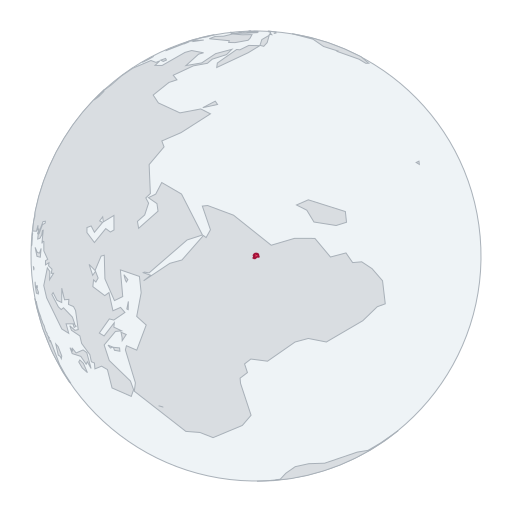 Central highlighted on a globe, orthographic projection, rotated 265°
{"feature_id": "KEN-1195", "entity_name": "Central", "entity_type": "Province", "adm_level": 1, "iso_a3": "KEN", "parent_name": "Kenya", "parent_adm1": "", "projection": "orthographic", "projection_center": [36.807, -0.59], "detail": "fine", "context": "on_globe", "style": "filled", "palette": "rose", "viewbox_px": 512, "rotation_deg": 265, "n_neighbors": 0, "source": "natural_earth", "source_scale": "10m", "svg_char_len": 7382}
<svg xmlns="http://www.w3.org/2000/svg" viewBox="0 0 512 512"><g transform="rotate(265 256 256)"><circle cx="256" cy="256" r="225" fill="#eef3f6" stroke="#a8b0b8"/><path d="M31.5,237.3L31.4,239.4L31.2,249.0L30.9,255.0L31.4,256.7L31.5,260.7L37.0,266.8L42.7,276.7L44.5,290.5L43.6,306.3L51.8,339.7L52.6,350.6L58.9,363.9L69.6,382.5L60.6,368.1L52.7,353.0L46.0,337.4L40.4,321.4L36.1,304.9L33.0,288.2L31.2,271.3L30.7,254.3L31.5,237.3ZM435.5,119.8L433.1,116.9L429.6,112.5L430.4,114.4L425.5,108.2L428.5,113.3L433.2,118.8L434.3,118.9L439.1,126.8L447.0,137.5L453.7,149.3L459.9,168.4L457.6,173.2L458.7,177.1L454.7,172.0L454.0,179.1L465.0,203.0L466.3,209.8L463.0,221.5L462.1,216.4L451.8,202.8L453.1,218.8L461.1,233.4L464.0,250.0L459.2,244.2L455.9,229.6L452.2,224.4L450.9,210.2L443.3,189.3L438.4,192.6L436.5,184.4L425.3,167.6L417.0,172.1L405.2,192.7L407.3,213.8L401.6,223.0L385.5,192.2L378.8,172.2L372.7,173.9L356.4,157.5L327.4,156.2L323.5,151.3L318.0,153.6L306.6,148.7L300.8,140.9L293.8,141.5L309.2,162.3L316.8,161.9L323.5,153.9L326.4,161.5L337.4,168.5L324.2,187.2L281.6,204.5L278.0,188.8L248.5,148.0L249.7,143.5L249.6,143.1L249.2,142.2L246.0,149.4L241.1,141.9L256.2,169.5L258.5,181.9L281.0,205.4L278.7,207.9L286.1,212.9L310.4,206.9L310.5,212.2L298.6,237.2L265.4,272.1L270.2,295.8L268.4,316.2L248.5,330.1L251.2,345.9L241.0,351.7L241.0,360.8L233.3,370.5L220.3,379.9L197.1,380.6L194.9,372.4L182.2,356.7L164.2,318.6L169.3,300.9L166.9,287.4L150.2,258.3L153.8,241.9L149.5,235.2L140.6,237.3L135.7,229.5L130.4,229.5L97.8,237.2L88.4,227.6L78.8,197.4L85.1,184.7L87.4,170.8L131.9,123.0L140.2,124.8L173.9,117.7L177.9,119.1L172.6,129.0L196.8,140.6L206.2,131.9L229.4,138.4L245.8,138.1L254.0,119.7L227.2,119.7L223.9,111.1L246.4,103.5L270.0,104.9L269.4,101.7L255.6,94.4L262.2,89.0L251.0,91.6L254.7,94.8L247.8,96.8L244.0,94.2L246.4,92.1L239.7,90.8L229.7,101.9L232.4,106.3L213.9,108.7L216.6,116.6L211.2,120.5L204.6,108.8L206.1,104.4L192.9,93.2L189.6,97.7L201.9,109.0L197.5,108.2L193.2,115.6L193.1,109.4L180.6,97.0L164.7,100.7L142.4,120.0L133.5,122.4L127.0,119.5L137.1,101.1L155.8,98.1L159.7,92.6L157.6,85.7L163.5,85.7L165.0,82.8L172.2,81.9L184.1,74.7L191.7,73.6L198.1,65.7L202.8,64.4L197.7,69.2L198.2,72.5L217.4,71.5L221.5,69.8L224.1,65.0L229.1,65.8L229.1,61.4L240.9,59.7L226.6,58.4L229.2,53.9L237.2,50.7L235.5,49.3L222.5,54.7L219.6,57.3L221.2,59.7L211.1,67.8L204.2,69.5L205.0,60.9L195.3,62.7L200.2,56.2L232.5,43.8L245.1,42.0L262.4,47.1L258.5,49.3L250.4,48.3L256.4,52.8L256.6,50.6L260.7,51.6L264.3,48.5L267.4,49.2L265.5,45.5L269.7,45.9L270.8,48.2L279.6,45.1L288.8,45.9L289.3,45.0L287.2,43.8L300.2,46.3L300.0,45.5L295.7,44.4L292.5,42.3L291.9,40.0L296.4,40.9L297.2,41.9L305.7,45.9L307.2,48.9L309.0,49.2L308.8,46.8L298.4,41.8L296.8,40.2L302.3,42.2L300.2,41.4L300.8,40.9L305.6,41.5L299.8,39.4L300.4,35.7L309.7,37.4L314.6,39.1L319.1,39.7L334.3,44.7L349.0,50.8L363.3,57.9L377.1,66.0L390.2,75.1L402.7,85.0L414.4,95.8L425.4,107.5L435.5,119.8ZM115.3,145.9L113.8,150.0L113.7,150.0L115.3,145.9ZM294.3,116.8L308.8,118.0L303.3,106.9L308.4,106.7L304.6,103.3L302.8,106.1L293.7,97.1L300.3,94.4L299.1,90.1L294.1,89.6L283.5,96.2L296.4,108.7L292.6,113.0L294.3,116.8ZM165.9,70.2L167.8,71.5L164.1,74.7L154.5,77.9L159.7,73.1L165.9,70.2ZM171.3,72.7L174.8,64.4L180.9,62.7L176.9,65.0L180.6,64.7L175.1,68.3L177.5,75.6L174.5,79.0L158.3,81.9L165.3,78.8L163.0,77.4L171.3,72.7ZM172.9,52.3L174.5,50.4L185.8,48.9L183.0,51.0L173.2,53.8L170.7,53.1L172.9,52.3ZM176.5,45.2L178.8,44.4L178.5,44.5L181.1,43.5L202.4,37.2L224.1,33.0L223.7,33.1L227.3,32.6L232.3,32.0L231.9,32.4L227.5,32.7L230.3,33.1L223.8,33.8L224.5,33.8L219.3,34.8L214.3,36.2L211.6,36.6L210.8,37.0L207.3,37.9L205.3,38.8L199.7,39.9L196.9,41.2L195.9,41.0L192.4,43.0L192.5,42.1L188.0,43.7L190.3,43.7L165.0,50.9L154.3,55.7L145.3,60.5L146.7,59.1L156.0,54.1L158.0,53.1L176.5,45.2ZM183.3,115.3L186.5,115.5L191.8,114.9L189.1,119.9L183.3,115.3ZM174.4,106.8L177.5,106.0L176.3,112.1L173.0,112.1L174.4,106.8ZM180.1,100.8L177.7,105.5L177.0,103.0L180.1,100.8ZM200.7,68.6L204.0,67.8L204.0,68.9L201.7,70.7L200.7,68.6ZM238.7,36.2L236.7,35.7L238.0,35.4L238.0,34.0L242.8,33.7L244.6,34.5L238.7,36.2ZM248.9,122.8L243.6,126.3L241.4,124.6L243.6,123.7L248.9,122.8ZM214.5,122.7L221.9,124.9L213.7,124.0L214.5,122.7ZM243.9,35.6L243.4,35.0L246.1,35.3L243.9,35.6ZM246.3,33.5L249.6,33.7L243.4,33.6L246.3,33.5ZM335.2,423.7L336.3,426.6L333.0,426.7L335.2,423.7ZM307.4,313.0L292.5,348.9L281.7,349.1L279.4,338.5L284.8,316.7L297.2,310.6L303.3,300.8L307.4,313.0ZM476.1,293.1L476.6,294.8L476.4,295.8L476.1,293.1ZM475.6,288.7L476.7,289.8L475.1,291.0L475.6,288.7ZM477.0,290.2L478.0,289.0L478.5,287.6L478.2,289.7L477.0,290.2ZM474.7,288.4L467.6,285.7L464.2,282.0L465.5,278.3L471.1,280.7L474.7,288.4ZM465.2,278.1L459.2,266.0L447.2,233.3L451.6,234.3L463.4,254.7L462.8,257.9L466.4,267.2L465.2,278.1ZM477.6,261.4L476.9,271.3L473.5,269.1L471.6,266.9L470.4,253.7L471.1,247.4L472.8,248.1L476.5,228.4L478.3,234.5L477.8,242.9L479.2,252.1L477.6,261.4ZM408.4,215.9L413.8,228.9L410.3,230.9L408.4,215.9ZM475.8,214.5L475.7,222.8L475.1,211.3L475.8,214.5ZM474.1,203.5L475.2,208.2L473.7,203.3L474.1,203.5ZM460.7,183.2L459.0,183.8L457.9,180.6L459.4,178.1L460.7,183.2ZM458.8,159.6L462.7,168.5L463.8,171.5L461.1,165.7L458.8,159.6ZM283.9,36.7L278.5,38.5L277.8,40.6L282.3,42.6L273.6,41.0L274.7,37.8L283.9,36.7ZM297.9,35.5L293.8,34.4L297.0,34.9L298.4,35.2L297.9,35.5ZM294.4,34.8L286.7,33.7L285.4,33.2L291.7,34.1L294.4,34.8ZM265.2,33.3L263.3,33.8L261.2,33.4L265.2,33.3ZM445.4,378.0L438.2,385.1L438.4,382.2L443.1,375.7L452.7,354.7L453.1,355.4L458.8,341.6L467.0,331.7L474.3,311.3L474.1,312.3L468.9,329.6L462.4,346.3L454.5,362.5L445.4,378.0ZM478.7,289.7L477.3,295.9L478.8,289.0L478.9,288.9L478.7,289.7ZM480.8,270.8L480.9,268.5L480.9,268.3L480.8,270.8ZM479.8,254.8L480.0,261.3L480.9,258.3L480.2,263.3L480.1,274.2L479.6,277.9L479.9,266.1L478.8,277.4L478.4,276.8L478.8,266.7L479.6,255.1L480.0,250.6L481.1,250.4L479.8,254.8ZM480.1,234.0L478.8,225.2L478.7,227.6L478.0,217.8L479.5,227.8L480.1,234.0ZM477.4,215.7L477.4,217.8L476.7,212.0L477.4,215.7ZM476.8,215.0L475.6,209.4L476.2,210.6L476.8,215.0ZM477.6,216.3L475.8,207.0L477.1,212.8L477.6,216.3ZM472.5,197.0L475.7,207.0L473.5,201.8L468.4,184.3L469.0,184.4L472.5,197.0Z" fill="#d9dde1" stroke="#a8b0b8" stroke-width="1"/><path d="M257.1,253.6L258.0,254.3L258.4,255.4L258.5,255.4L258.5,255.7L258.5,255.8L258.6,256.0L258.6,256.4L258.6,256.5L258.1,256.8L258.0,256.7L257.9,256.7L257.7,256.7L257.7,257.0L257.9,257.2L257.9,257.3L258.0,257.5L258.2,257.8L258.0,258.0L257.9,257.9L257.7,257.9L257.5,258.0L257.4,258.1L257.5,258.2L257.4,258.3L257.3,258.5L257.2,258.5L257.2,258.4L257.0,258.5L256.9,258.5L256.8,258.4L256.7,258.4L256.6,258.2L256.4,258.3L256.2,258.3L255.9,258.3L255.8,258.5L255.7,258.5L255.5,258.8L255.4,258.7L254.8,258.6L254.9,258.1L255.0,258.1L255.1,257.9L255.1,257.7L255.0,257.4L254.9,256.9L254.9,256.7L254.9,256.3L254.9,256.2L254.7,256.1L254.4,256.0L254.4,255.9L254.4,255.7L254.3,255.4L254.2,255.3L254.1,255.2L253.9,255.2L253.6,254.8L253.6,254.7L253.7,254.4L253.7,254.2L253.8,253.9L253.8,253.7L254.1,253.5L254.2,253.4L254.3,253.5L254.4,253.4L254.6,253.3L254.6,253.2L254.8,253.3L254.9,253.5L255.0,253.5L255.3,253.6L255.0,253.9L254.9,254.0L255.0,254.0L255.4,254.2L255.5,254.3L255.6,254.2L255.9,254.2L256.0,254.2L256.2,254.3L256.2,254.5L256.3,254.8L256.5,254.8L256.7,254.7L256.8,254.7L256.9,254.3L256.8,254.2L256.9,253.9L257.0,253.8L257.1,253.6Z" fill="#f43f5e" stroke="#9f1239" stroke-width="1.5"/></g></svg>